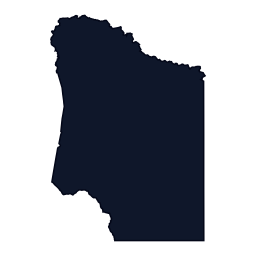 outline of Caroebe, Roraima, Brazil
{"feature_id": "56859067B41446957108581", "entity_name": "Caroebe", "entity_type": "district", "adm_level": 2, "iso_a3": "BRA", "parent_name": "Brazil", "parent_adm1": "Roraima", "projection": "albers", "projection_center": [-59.482, 0.945], "detail": "fine", "context": "isolated", "style": "filled", "palette": "ink", "viewbox_px": 256, "rotation_deg": 0, "n_neighbors": 0, "source": "geoboundaries", "source_scale": "gbopen_adm2", "svg_char_len": 5327}
<svg xmlns="http://www.w3.org/2000/svg" viewBox="0 0 256 256"><path d="M203.8,240.6L203.7,186.3L203.7,135.7L203.7,134.6L203.6,81.2L203.1,81.0L202.2,80.2L201.5,80.0L200.9,79.5L202.0,79.1L202.2,78.3L202.0,77.7L202.4,77.2L202.9,77.1L203.7,76.7L204.1,76.3L204.7,76.1L205.1,75.8L204.8,75.4L204.2,74.7L203.1,72.7L202.6,72.6L199.8,71.8L199.2,71.0L199.0,70.4L199.4,70.2L199.7,69.0L200.3,68.4L200.1,67.8L200.3,67.1L200.0,66.6L198.8,66.4L198.0,66.5L197.5,66.4L196.5,66.6L195.9,66.6L195.6,67.0L194.8,67.2L194.1,67.1L193.6,67.3L192.7,67.1L192.0,67.2L191.3,67.7L190.8,68.0L190.3,68.9L189.9,69.0L189.4,68.5L189.3,68.0L188.8,67.2L188.3,66.3L188.1,65.2L187.6,64.9L186.7,65.1L186.1,65.3L185.4,65.3L184.2,65.3L182.8,64.2L181.8,64.3L181.3,64.7L180.0,65.3L179.3,65.4L178.4,65.5L177.7,65.3L177.5,64.9L177.4,64.2L177.0,63.6L176.3,63.4L175.3,63.5L175.3,64.2L174.8,64.4L174.0,64.3L172.0,62.9L171.7,62.3L171.5,61.7L170.5,61.9L169.9,61.4L169.4,61.3L169.1,61.6L168.4,61.8L167.4,62.2L166.8,62.2L166.2,61.7L165.4,60.9L164.7,60.6L163.4,61.2L162.4,61.5L161.2,61.2L160.8,60.9L159.6,59.5L158.5,59.9L158.0,59.9L157.2,59.3L156.8,58.7L156.2,58.0L155.4,56.9L153.9,56.4L152.5,56.7L152.3,57.4L151.3,57.0L149.1,56.5L148.4,55.6L147.6,55.0L146.4,55.2L145.7,55.1L144.6,54.7L143.7,53.4L141.8,52.5L141.5,51.7L140.6,51.4L139.8,51.1L140.1,50.6L140.9,49.7L140.3,48.5L139.8,47.9L139.4,46.6L138.9,46.3L138.7,45.4L139.5,44.7L139.0,44.1L138.1,43.2L137.2,42.8L136.5,42.0L135.6,41.8L135.1,41.8L134.7,42.7L133.6,42.8L132.7,42.6L132.4,42.2L132.5,41.6L132.3,40.5L133.0,39.6L133.3,39.2L133.1,38.7L131.9,36.3L131.5,35.2L131.9,34.7L131.9,33.9L131.4,33.9L130.3,33.2L129.0,33.4L128.1,33.4L127.0,33.5L127.2,34.4L126.7,35.4L126.6,34.9L126.0,34.6L125.0,35.1L123.8,35.0L123.2,34.8L123.5,34.2L123.8,33.7L123.7,32.6L122.9,32.4L123.0,31.5L121.3,30.1L121.0,29.5L121.1,27.2L120.5,26.8L119.8,27.2L118.2,27.7L113.1,28.6L112.5,28.7L112.3,28.2L111.3,27.6L111.1,26.7L109.8,26.7L109.3,26.2L109.6,25.3L109.5,24.3L108.2,23.0L107.4,21.8L106.7,20.9L106.0,20.3L105.4,20.5L104.9,20.4L104.1,20.7L103.1,21.1L102.5,21.2L101.6,21.1L100.7,21.4L99.9,21.2L99.4,20.8L98.5,20.8L98.2,20.4L97.8,20.1L96.4,20.2L95.7,19.7L94.6,19.7L93.9,19.7L93.4,19.3L92.0,19.0L89.8,18.3L89.2,17.8L88.8,18.1L88.0,18.2L87.5,17.6L86.4,16.9L85.9,16.6L85.3,16.1L85.2,15.7L84.8,15.4L83.9,15.5L83.2,15.8L82.6,15.7L82.2,15.9L81.7,16.2L81.3,16.6L80.5,17.2L79.9,17.3L79.9,18.3L79.3,18.4L78.5,18.2L77.9,18.4L77.2,18.0L76.9,17.3L77.2,16.7L77.4,16.1L76.8,15.8L76.1,15.6L75.6,15.7L75.0,16.0L74.3,16.9L73.7,16.8L73.1,17.0L72.2,17.4L71.6,17.5L71.1,18.1L70.4,18.2L70.0,18.6L69.5,18.9L67.7,18.0L67.1,18.2L66.4,18.2L65.7,18.2L65.3,18.4L64.4,18.3L63.6,18.3L63.2,18.2L62.6,18.3L61.7,18.5L61.0,18.8L60.2,18.6L59.5,19.7L59.1,20.3L58.4,20.9L58.4,22.0L58.9,22.3L59.6,22.8L59.9,23.3L59.7,23.8L59.6,24.4L59.7,25.5L58.8,25.9L58.2,25.8L57.5,26.3L57.0,26.5L56.4,26.2L55.8,26.6L55.8,27.2L55.4,27.9L55.3,29.1L54.9,29.6L54.7,30.4L54.0,31.2L53.4,31.4L52.9,31.0L52.4,31.0L52.0,31.1L51.7,31.5L51.9,32.0L52.4,32.7L52.9,33.3L53.3,33.7L53.6,34.5L53.2,35.6L52.7,36.1L51.8,37.3L51.3,37.9L50.9,39.5L51.1,40.2L51.7,40.7L51.4,41.3L51.1,42.4L51.2,42.9L51.4,43.4L51.4,44.1L51.7,44.5L52.2,45.2L52.9,45.6L53.5,45.9L54.2,46.6L55.4,47.4L55.4,48.4L55.6,49.5L55.2,50.8L56.3,50.5L56.7,51.2L57.4,51.7L57.7,52.5L57.5,53.8L57.8,54.2L58.2,54.6L58.5,55.3L58.0,55.3L57.8,56.0L58.3,55.9L58.4,56.4L58.8,57.0L58.1,57.2L58.7,57.7L58.9,58.2L58.4,58.7L57.5,58.9L57.6,60.1L57.1,60.2L57.1,61.1L56.8,61.5L56.3,62.0L56.0,62.4L55.8,62.9L56.2,63.3L56.4,63.8L55.7,64.0L55.5,64.6L55.8,65.4L56.6,66.0L57.3,66.3L57.5,67.0L57.4,67.6L57.6,68.3L57.2,68.8L57.2,69.5L56.9,70.0L56.5,70.5L56.5,71.8L56.8,72.6L57.3,72.3L57.9,73.2L62.1,87.6L62.9,94.8L63.7,100.7L63.9,103.1L64.3,106.4L62.9,114.9L62.2,118.7L60.9,131.5L61.7,132.2L60.8,134.6L59.0,143.5L59.2,143.9L59.8,144.3L60.2,145.0L60.4,145.5L60.1,146.2L59.2,147.1L58.6,147.2L58.1,147.4L57.6,148.6L56.9,153.0L56.2,156.7L52.2,180.0L51.9,182.0L52.6,182.5L53.2,182.6L53.6,183.2L53.9,183.8L54.5,183.8L54.7,184.7L55.3,185.1L56.4,186.2L56.8,186.5L57.2,186.9L57.7,187.4L58.6,188.3L59.0,188.9L59.5,189.2L59.6,189.8L60.0,190.3L61.2,191.3L61.6,191.9L61.9,192.8L62.9,194.2L63.6,194.6L66.7,193.9L68.2,194.1L69.8,193.6L70.6,193.7L71.3,194.1L72.9,194.9L74.3,193.5L75.8,192.8L76.2,192.3L76.5,191.7L78.5,190.2L79.0,189.9L80.5,189.9L81.8,190.2L83.2,189.9L84.8,189.9L85.9,190.3L86.7,191.0L87.3,191.1L88.3,191.0L88.6,192.6L89.2,194.2L89.8,194.6L90.3,194.8L90.9,195.2L91.4,195.9L92.9,197.3L94.0,197.8L94.8,197.5L95.5,197.7L96.1,197.9L96.4,198.6L97.0,199.4L97.2,200.0L97.8,200.3L98.0,201.0L98.1,201.6L99.1,202.5L100.1,203.2L100.2,203.9L100.4,204.6L100.6,205.4L100.5,206.0L100.8,206.9L101.0,207.7L101.5,208.2L102.2,208.4L102.5,208.8L102.5,209.5L102.8,209.8L102.8,210.4L102.9,211.0L103.0,212.0L104.0,211.9L104.6,212.0L105.1,212.4L106.1,212.6L106.7,212.8L107.3,212.7L107.7,213.0L108.3,213.3L109.0,213.2L109.6,213.3L110.1,215.0L110.6,216.1L110.6,216.6L111.0,217.2L111.6,218.1L111.2,218.9L111.4,219.4L111.2,220.6L110.6,220.8L110.7,222.2L110.4,222.9L109.4,223.7L109.5,224.6L109.3,225.5L108.7,226.4L108.8,227.1L109.0,227.8L109.6,228.4L109.8,229.1L110.2,230.5L110.8,231.6L112.2,232.7L112.5,233.4L112.8,234.6L113.4,235.5L114.2,236.4L114.1,237.3L114.4,237.9L114.5,238.8L114.5,239.5L114.8,240.0L114.8,240.6L142.9,240.6L154.7,240.6L203.8,240.6Z" fill="#0f172a" stroke="#020617" stroke-width="1.5"/></svg>